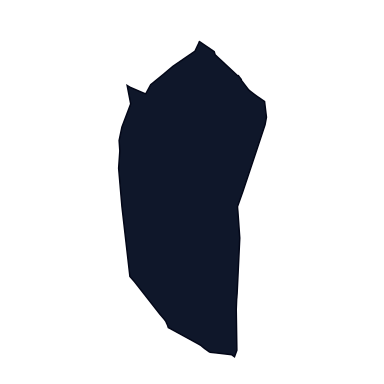 Magdalena Yodocono de Porfirio Díaz, Oaxaca, Mexico, rotated 291°
{"feature_id": "50627088B61785293136981", "entity_name": "Magdalena Yodocono de Porfirio Díaz", "entity_type": "district", "adm_level": 2, "iso_a3": "MEX", "parent_name": "Mexico", "parent_adm1": "Oaxaca", "projection": "natural_earth1", "projection_center": [-97.387, 17.378], "detail": "fine", "context": "isolated", "style": "filled", "palette": "ink", "viewbox_px": 384, "rotation_deg": 291, "n_neighbors": 0, "source": "geoboundaries", "source_scale": "gbopen_adm2", "svg_char_len": 1093}
<svg xmlns="http://www.w3.org/2000/svg" viewBox="0 0 384 384"><g transform="rotate(291 192 192)"><path d="M268.2,93.3L252.3,103.2L227.5,103.3L214.0,105.5L204.5,109.9L187.9,115.0L153.3,131.8L90.9,164.3L87.8,170.2L66.4,205.9L63.5,211.3L61.8,214.0L60.3,215.4L59.0,216.8L56.9,218.5L56.8,219.7L52.7,250.3L52.3,253.1L51.9,255.5L51.3,257.1L50.3,260.1L50.2,260.7L48.9,265.6L49.0,266.9L50.2,271.3L52.3,279.5L54.3,287.3L53.4,290.7L60.3,290.6L98.2,275.4L107.9,272.1L109.4,271.7L113.4,270.5L166.1,253.1L190.3,241.8L192.5,240.7L194.7,239.7L210.8,239.3L251.1,237.5L280.9,236.1L282.0,235.9L288.5,234.7L302.5,227.3L303.1,224.8L304.7,218.1L305.7,214.5L306.7,211.2L307.4,209.0L308.0,207.7L314.2,197.6L314.7,197.7L314.9,197.4L316.5,194.7L317.3,193.6L317.1,193.2L316.9,192.8L320.4,184.2L327.4,166.8L327.6,166.4L328.4,164.4L331.0,162.4L335.1,145.1L334.7,144.9L333.2,145.0L331.2,144.8L324.5,144.3L314.1,137.1L305.8,131.4L303.6,129.9L302.6,129.2L293.0,123.9L292.4,123.6L277.4,115.0L268.2,113.8L267.2,113.7L267.0,113.3L267.0,111.6L267.6,96.5L268.2,93.3Z" fill="#0f172a" stroke="#020617" stroke-width="1.5"/></g></svg>